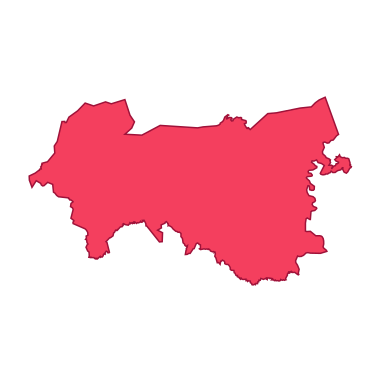 General Heliodoro Castillo, Guerrero, Mexico, rotated 85°
{"feature_id": "50627088B85707069751061", "entity_name": "General Heliodoro Castillo", "entity_type": "district", "adm_level": 2, "iso_a3": "MEX", "parent_name": "Mexico", "parent_adm1": "Guerrero", "projection": "orthographic", "projection_center": [-99.963, 17.72], "detail": "fine", "context": "isolated", "style": "filled", "palette": "rose", "viewbox_px": 384, "rotation_deg": 85, "n_neighbors": 0, "source": "geoboundaries", "source_scale": "gbopen_adm2", "svg_char_len": 6002}
<svg xmlns="http://www.w3.org/2000/svg" viewBox="0 0 384 384"><g transform="rotate(85 192 192)"><path d="M147.4,41.0L109.2,51.1L111.4,57.3L113.9,61.4L117.6,65.7L117.8,76.9L120.5,101.1L120.5,109.7L134.9,128.6L132.8,130.2L132.8,130.6L133.6,130.7L133.5,131.7L129.9,133.6L128.5,133.8L128.3,132.3L127.0,131.8L125.6,132.1L124.1,136.3L122.5,136.2L122.0,136.8L122.1,139.0L121.2,140.8L123.0,144.2L124.6,145.0L124.7,146.3L123.5,147.1L122.7,146.5L122.6,145.7L121.4,146.1L121.0,148.2L122.2,150.9L121.4,151.2L120.7,150.1L119.3,150.1L118.6,148.8L118.1,149.5L120.2,152.8L123.1,154.2L124.5,155.4L125.9,157.9L126.8,158.1L127.7,159.6L128.2,161.8L128.1,175.3L128.6,180.8L122.9,217.9L131.0,237.0L128.6,253.8L123.1,246.5L117.1,243.2L110.1,247.1L94.1,250.8L97.1,264.7L94.7,270.3L97.7,282.5L94.1,290.7L101.2,298.9L106.7,308.1L111.8,311.1L111.8,312.4L110.6,312.6L110.5,315.4L129.9,321.8L134.2,325.2L141.2,325.3L149.3,333.3L150.3,338.9L151.2,339.2L151.6,338.9L152.0,339.5L153.6,339.9L153.8,340.5L155.8,340.2L155.8,341.4L156.8,342.3L157.0,342.1L157.7,342.2L156.9,342.4L159.5,346.5L161.9,352.8L166.0,353.0L173.4,351.0L167.2,346.2L170.2,342.0L171.8,341.5L172.9,340.3L172.8,338.9L169.8,334.9L172.3,330.1L180.1,330.0L181.1,328.7L183.6,327.1L185.1,325.4L187.1,315.5L187.9,315.5L188.3,314.6L189.2,314.5L189.5,313.2L191.1,311.4L191.6,311.5L192.8,313.5L196.0,314.3L197.3,312.5L199.0,311.9L207.6,314.9L210.1,312.2L210.6,312.2L211.7,313.2L213.1,313.2L219.3,301.8L220.8,300.5L223.2,299.4L226.0,299.5L226.7,301.3L228.8,301.2L229.9,302.2L230.4,301.2L233.2,301.0L234.8,300.2L235.4,301.0L237.8,302.4L241.6,301.1L243.0,299.8L246.5,299.9L248.0,300.4L248.2,297.6L248.3,298.6L248.5,298.7L248.8,295.5L249.6,294.9L249.8,293.0L250.3,293.5L250.5,292.1L248.1,289.1L249.1,288.7L248.7,287.8L248.9,287.0L247.7,286.0L246.9,285.9L245.9,284.9L246.5,284.0L246.1,283.7L245.2,284.0L243.5,282.6L244.1,281.5L245.2,281.2L245.3,280.0L244.9,279.5L234.9,281.1L234.0,282.0L230.4,278.0L230.5,277.3L228.8,274.5L225.9,273.6L225.4,272.7L223.4,271.5L223.8,270.7L223.1,269.8L223.5,269.6L220.8,266.7L220.3,265.7L220.6,264.9L219.5,263.7L218.9,264.0L218.6,263.1L217.6,263.3L217.5,263.0L218.8,261.0L219.5,258.3L218.5,257.4L218.3,256.3L217.3,256.4L217.8,255.5L217.4,254.6L218.2,254.2L217.1,253.0L218.1,252.8L218.2,252.2L217.0,252.0L216.8,251.6L218.5,250.1L217.8,249.0L218.1,248.2L217.7,246.7L216.7,245.7L217.7,245.2L217.6,244.1L216.7,242.9L216.0,243.5L216.0,242.2L219.4,240.8L221.8,240.8L222.0,240.0L238.9,228.8L238.9,226.0L230.0,224.9L227.0,229.6L225.1,225.6L222.1,225.6L220.7,221.6L219.9,221.4L219.3,220.1L221.0,218.9L222.0,219.0L221.1,218.4L223.5,218.7L223.2,218.1L225.1,215.4L227.3,214.0L229.7,211.6L230.2,210.0L230.9,209.5L230.9,208.0L232.3,206.6L235.5,206.9L237.4,205.6L241.8,205.3L243.4,203.9L244.4,203.8L245.0,203.3L245.7,202.4L245.0,201.2L246.6,201.6L248.0,202.7L249.1,202.5L249.5,203.0L253.7,204.1L253.7,202.2L252.9,200.5L253.0,199.2L248.7,195.8L248.6,194.8L244.0,192.4L243.3,191.2L243.9,189.9L244.9,189.5L245.4,188.2L248.8,188.5L249.3,189.5L250.1,188.5L249.7,185.0L250.2,183.5L250.0,182.0L250.7,180.9L250.2,180.3L251.1,179.3L252.4,178.7L253.4,176.7L253.2,175.5L253.8,174.8L254.2,175.0L254.0,174.3L255.6,174.1L258.0,174.9L259.9,173.9L264.7,173.0L264.6,171.6L266.5,170.3L263.4,169.4L263.4,168.5L262.5,167.7L263.5,166.1L264.7,165.5L266.2,165.6L267.1,164.2L267.3,162.5L268.4,161.5L270.9,160.4L272.1,160.7L272.8,160.3L273.4,159.5L273.8,157.1L276.1,157.0L276.6,156.2L278.8,155.5L279.4,154.6L279.2,154.0L280.4,154.1L281.3,152.3L282.0,152.3L282.9,151.4L282.1,151.2L282.1,150.4L283.0,150.2L283.6,148.8L283.6,145.8L285.1,145.9L285.0,144.4L285.9,144.3L285.4,143.4L285.9,141.7L287.4,141.8L288.4,140.5L289.5,140.4L289.9,139.3L289.4,137.6L289.7,137.1L289.1,137.1L289.1,136.3L288.6,136.1L289.0,134.7L287.2,134.2L287.2,133.3L285.7,133.1L285.9,131.7L284.1,130.9L285.3,128.4L284.2,125.5L285.1,125.7L285.8,124.7L284.2,124.5L284.5,122.3L285.1,121.9L284.7,120.9L285.3,120.4L285.3,119.3L285.9,119.1L286.5,120.0L286.7,118.3L287.5,117.7L287.0,116.6L287.7,116.2L287.8,113.9L288.3,113.1L287.8,111.5L286.9,111.3L287.8,109.6L287.4,108.6L288.0,107.8L287.6,106.0L287.0,106.4L285.7,105.9L283.2,104.2L282.0,104.1L281.3,103.4L281.3,102.5L280.7,103.0L280.0,102.7L280.1,101.8L280.5,101.6L279.8,100.3L280.6,100.2L280.4,99.3L280.9,99.1L281.0,96.6L283.3,94.1L283.8,93.3L283.5,92.8L282.2,93.2L278.3,92.0L274.1,93.3L271.2,94.8L269.3,94.7L265.0,92.4L265.6,91.1L265.7,88.8L264.8,86.4L262.6,83.6L262.5,81.8L263.2,79.4L264.3,69.4L262.9,62.8L261.8,63.2L259.2,65.8L258.1,66.2L255.3,65.3L252.2,65.1L249.7,65.4L247.9,66.3L247.3,66.9L246.7,68.6L246.4,72.5L241.5,77.5L241.4,81.2L240.8,82.4L232.8,81.7L228.7,80.7L227.9,79.5L229.6,77.1L229.7,76.5L222.0,75.2L221.4,74.3L221.1,71.3L219.4,69.2L218.4,69.4L217.0,72.3L215.0,73.4L213.3,72.8L212.3,70.5L211.3,69.8L209.0,70.1L207.2,71.8L205.8,75.8L202.5,77.3L199.7,77.6L195.8,75.9L195.9,75.1L196.5,74.6L200.0,74.6L200.8,72.6L200.8,70.9L200.0,70.0L197.0,69.6L193.8,73.3L191.1,74.1L188.3,76.7L187.6,76.8L186.7,75.7L186.7,72.0L186.3,70.9L185.6,70.7L183.8,71.8L183.1,74.3L181.6,74.5L180.6,73.4L180.6,69.7L178.7,65.6L177.4,65.4L176.4,67.1L175.2,67.7L172.8,70.3L171.5,69.7L171.8,67.8L170.9,65.1L173.7,63.8L174.9,60.5L177.1,57.9L184.6,62.6L185.4,62.2L186.0,61.1L186.3,60.0L186.2,57.9L185.7,57.3L185.9,55.2L185.2,54.4L184.8,52.7L183.4,51.6L184.9,50.0L185.0,47.7L183.4,45.1L182.9,41.9L180.9,40.1L181.0,39.6L182.5,39.9L185.5,38.7L186.7,36.6L185.5,35.1L182.1,32.8L181.5,31.5L180.5,31.0L179.5,32.4L178.9,32.4L178.6,31.8L177.9,32.3L177.0,32.0L172.7,32.9L172.0,33.9L171.7,36.3L170.9,37.0L170.9,39.4L169.7,41.3L167.8,41.8L170.0,43.8L170.1,44.2L169.5,44.5L169.4,45.2L170.7,45.0L172.1,47.0L173.7,45.9L175.1,43.4L175.8,43.6L176.5,44.6L176.4,45.9L178.2,46.8L178.6,48.7L181.3,51.0L178.3,49.6L177.5,50.5L177.3,53.3L174.7,51.4L173.6,51.8L172.3,51.4L172.3,51.9L171.6,51.8L170.9,52.6L169.4,55.5L168.2,55.8L165.2,58.5L163.0,58.5L159.1,56.3L155.1,57.2L154.1,57.0L153.8,55.3L155.1,53.1L155.0,51.3L152.8,49.2L152.5,46.7L148.6,43.1L147.4,41.0Z" fill="#f43f5e" stroke="#9f1239" stroke-width="1.5"/></g></svg>